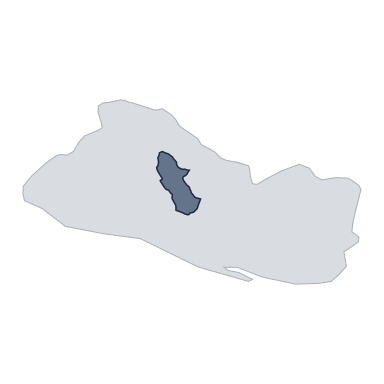 Cuscatlán on a map of El Salvador (orthographic projection)
{"feature_id": "SLV-1345", "entity_name": "Cuscatlán", "entity_type": "Department", "adm_level": 1, "iso_a3": "SLV", "parent_name": "El Salvador", "parent_adm1": "", "projection": "orthographic", "projection_center": [-89.024, 13.859], "detail": "fine", "context": "in_parent", "style": "filled", "palette": "slate", "viewbox_px": 384, "rotation_deg": 0, "n_neighbors": 0, "source": "natural_earth", "source_scale": "10m", "svg_char_len": 2613}
<svg xmlns="http://www.w3.org/2000/svg" viewBox="0 0 384 384"><path d="M128.2,102.1L131.8,102.7L155.4,110.2L162.4,108.8L171.3,114.7L175.6,119.4L179.3,125.9L198.0,138.8L201.1,144.5L215.0,152.1L220.7,158.0L226.6,160.4L238.3,162.6L248.2,165.6L249.4,167.8L250.4,176.5L252.5,183.8L257.2,184.3L263.0,180.7L281.6,170.8L299.3,164.3L309.3,168.1L315.2,176.3L322.0,179.9L335.9,177.6L348.6,178.2L358.7,185.3L361.0,189.4L355.0,213.1L352.8,223.3L351.8,231.9L355.4,234.1L358.9,237.4L358.2,242.0L347.3,249.7L343.9,251.7L346.4,266.3L338.4,275.2L330.9,281.6L317.8,283.4L295.5,284.1L262.0,277.0L237.3,267.3L223.9,267.2L228.1,270.5L238.7,272.5L252.5,279.4L248.5,281.4L198.2,267.0L140.1,238.6L105.3,234.0L65.6,226.5L42.1,208.5L24.5,200.7L23.0,193.9L23.2,186.4L31.3,176.3L46.2,162.8L56.1,155.8L60.8,154.4L67.3,155.2L73.6,151.3L79.0,142.0L84.6,135.9L98.9,129.9L102.2,127.5L101.1,122.2L98.0,112.0L98.5,105.8L103.2,102.9L108.8,102.4L120.3,99.9L125.3,100.4L128.2,102.1Z" fill="#d9dde1" stroke="#a8b0b8" stroke-width="1"/><path d="M189.3,170.2L187.2,173.5L187.1,173.9L186.6,174.5L186.2,175.0L185.6,175.5L183.7,176.5L183.5,176.8L183.2,177.0L183.0,177.3L182.9,177.7L182.8,178.1L182.7,178.5L183.1,179.4L183.7,180.7L186.5,184.6L187.3,185.5L188.5,186.3L189.2,187.1L189.7,188.2L189.8,188.9L190.0,189.5L190.7,190.7L190.9,191.3L191.1,192.2L191.4,192.9L192.0,193.7L193.3,195.1L194.2,196.5L194.4,196.9L195.7,197.6L200.6,199.0L198.0,205.9L197.5,207.9L197.2,208.6L196.8,209.0L194.1,211.8L193.1,212.4L192.3,212.6L190.5,212.8L190.2,213.0L189.9,213.1L189.6,213.4L189.3,214.1L189.1,214.4L188.8,214.5L188.5,214.6L187.9,214.7L187.4,214.7L184.7,213.9L182.3,212.6L176.0,210.3L175.9,205.9L175.6,205.2L175.4,204.4L174.7,203.5L172.2,198.8L172.0,198.1L172.3,195.0L172.1,194.4L171.9,194.0L171.5,193.8L171.0,193.5L170.4,192.8L168.6,190.2L168.3,190.0L168.0,189.9L167.5,189.8L166.6,189.7L165.7,188.9L164.4,187.4L160.6,181.5L160.2,180.4L160.5,180.2L161.5,179.7L161.9,179.5L162.1,179.1L162.4,178.6L162.2,178.3L161.4,177.2L158.4,172.3L157.1,169.6L156.8,168.5L156.7,167.2L156.8,167.0L157.0,166.8L157.2,166.6L157.5,166.4L157.9,165.8L158.0,165.4L158.1,165.0L158.2,164.2L158.4,163.4L158.5,162.8L158.5,162.6L158.5,162.3L158.4,160.9L158.0,158.5L157.9,157.9L158.0,157.4L158.7,156.0L159.3,154.3L159.4,152.9L161.9,151.6L162.3,151.6L162.8,151.7L164.6,152.6L168.2,153.9L169.0,154.3L170.0,155.2L172.4,156.9L172.6,157.2L173.2,158.3L176.3,162.0L176.6,162.4L176.6,162.6L176.5,163.3L176.5,163.7L176.6,164.0L176.7,164.4L176.9,165.1L177.3,165.9L178.0,167.0L178.7,167.6L179.2,167.9L182.2,169.3L184.8,169.1L187.0,170.0L189.3,170.2Z" fill="#64748b" stroke="#1e293b" stroke-width="1.5"/></svg>